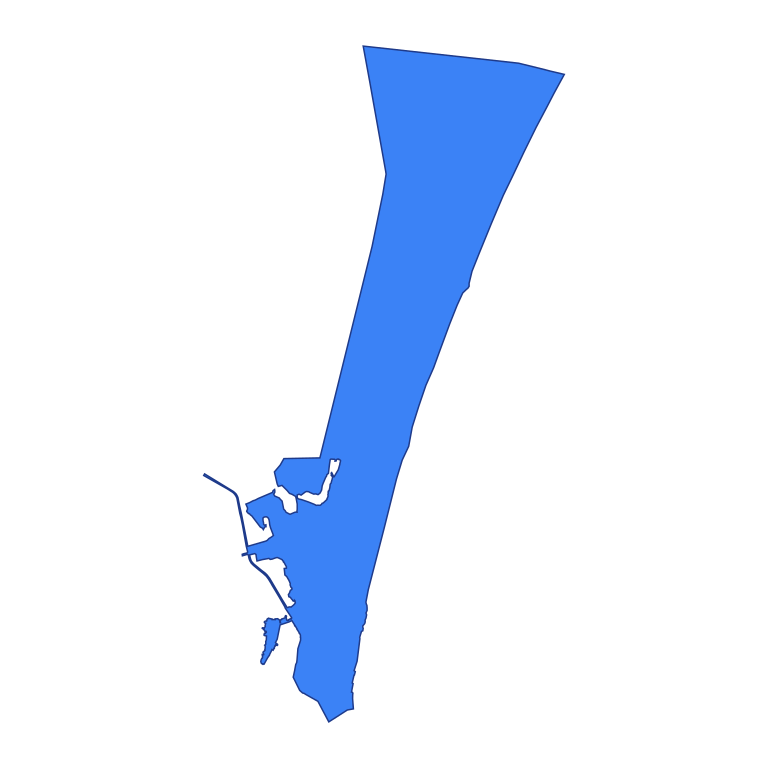 the district of Khur Maksar, `Adan, Yemen
{"feature_id": "15242507B71955992885975", "entity_name": "Khur Maksar", "entity_type": "district", "adm_level": 2, "iso_a3": "YEM", "parent_name": "Yemen", "parent_adm1": "`Adan", "projection": "robinson", "projection_center": [45.028, 12.865], "detail": "fine", "context": "isolated", "style": "filled", "palette": "blue", "viewbox_px": 768, "rotation_deg": 0, "n_neighbors": 0, "source": "geoboundaries", "source_scale": "gbopen_adm2", "svg_char_len": 6103}
<svg xmlns="http://www.w3.org/2000/svg" viewBox="0 0 768 768"><path d="M353.4,708.9L352.6,698.6L352.7,694.8L352.9,693.1L352.2,692.2L351.5,692.1L353.1,683.6L352.2,683.0L354.0,675.2L354.4,675.1L355.3,671.6L354.1,670.7L357.1,661.2L359.9,638.7L359.7,637.3L361.5,631.4L362.8,630.8L363.2,628.3L362.8,627.4L362.8,625.9L364.7,623.6L365.2,621.9L365.1,620.1L366.0,618.0L366.6,614.9L366.0,613.0L367.1,610.4L367.1,607.9L366.9,605.3L366.4,604.3L365.9,602.2L368.3,589.7L384.3,527.6L396.5,478.9L402.2,460.1L408.7,446.3L412.2,427.1L419.0,405.5L425.9,385.3L433.6,367.8L439.0,352.9L449.7,323.9L457.1,305.3L462.7,293.0L466.4,289.4L467.8,288.3L469.1,286.3L469.1,283.3L472.0,271.3L479.3,253.0L491.2,223.9L503.3,195.3L513.1,175.1L523.8,152.4L536.1,127.4L547.1,106.6L554.0,93.3L564.3,74.4L549.9,71.0L545.0,69.7L518.6,63.2L363.2,46.1L369.9,82.6L385.7,171.4L386.1,174.1L382.8,194.2L372.1,246.4L319.9,457.9L283.9,458.6L280.2,465.1L274.4,471.9L277.2,484.0L278.3,486.4L282.0,485.4L287.1,490.5L289.5,493.4L292.0,494.3L295.6,496.4L296.2,498.6L297.2,504.0L297.2,509.3L296.9,511.4L297.1,512.1L295.0,512.2L290.0,514.3L286.1,512.3L285.1,510.6L283.7,509.2L282.1,501.1L280.2,499.2L279.3,498.0L274.7,496.0L273.6,494.0L274.2,493.4L274.8,492.3L274.8,490.5L274.6,489.5L273.1,490.6L272.5,492.4L258.2,498.5L255.2,500.1L253.2,500.7L249.6,502.6L245.9,504.1L247.5,507.8L247.5,509.3L246.8,510.8L246.7,511.5L248.5,513.6L249.4,513.7L250.3,514.8L251.9,516.0L260.3,527.0L262.6,528.3L263.3,529.6L264.6,527.2L265.2,526.8L266.0,526.7L265.9,524.8L264.6,525.2L263.6,524.3L263.6,523.1L263.3,521.8L263.0,520.2L263.0,518.0L264.1,517.1L265.0,516.9L266.4,516.8L267.6,517.4L268.3,518.2L269.0,519.6L269.4,521.9L269.7,524.8L270.5,527.7L272.9,534.0L273.4,535.5L271.5,537.0L269.0,538.5L267.2,540.4L265.8,541.1L247.8,546.3L241.4,513.7L239.6,505.9L237.9,497.4L237.1,495.7L236.2,494.1L234.6,492.5L233.1,491.3L204.6,473.9L203.7,475.5L227.5,489.0L232.7,492.3L234.0,493.5L235.0,494.7L236.1,496.4L236.9,498.2L239.8,513.3L240.9,517.5L242.5,525.2L246.3,546.4L247.7,552.1L246.9,553.0L243.8,553.7L242.2,554.3L242.4,555.8L247.3,554.4L248.3,555.0L248.9,558.0L249.4,559.6L249.9,560.8L251.3,563.2L253.6,565.5L258.6,569.7L263.0,573.2L266.3,576.2L268.4,579.0L271.1,583.4L271.9,584.9L279.1,596.9L284.8,606.8L285.3,608.2L291.6,617.6L291.5,618.6L291.1,619.1L290.7,618.6L288.4,619.8L288.5,620.3L287.2,620.5L286.7,620.0L286.3,617.9L286.1,617.7L286.5,616.2L286.2,615.8L285.8,615.6L285.5,615.7L285.1,616.7L285.6,617.2L285.6,617.6L282.4,618.8L281.6,619.0L281.5,619.6L280.8,619.9L280.4,619.9L280.1,620.3L280.5,622.8L280.0,622.8L279.6,620.1L277.7,618.7L275.1,618.9L275.2,619.6L272.2,619.6L272.3,619.1L268.8,618.3L268.4,618.5L268.3,618.3L267.3,618.9L267.0,619.4L266.8,620.4L266.6,621.1L265.7,621.0L265.2,621.2L264.5,621.6L264.3,622.1L264.4,622.5L264.8,623.0L265.7,623.3L265.1,625.6L265.3,626.6L264.3,627.7L264.0,627.9L262.4,627.8L262.2,628.3L262.3,628.4L263.9,628.6L264.2,628.8L264.1,629.3L263.3,629.1L263.4,629.5L264.1,629.7L264.8,631.2L265.3,631.6L265.9,631.2L266.1,631.4L266.3,631.7L266.4,632.0L266.3,632.3L265.8,632.4L265.5,633.4L264.7,633.1L264.4,633.4L264.0,635.0L264.1,635.3L264.7,635.6L266.5,636.0L266.3,640.0L266.1,640.6L265.7,641.4L265.8,642.9L265.7,644.3L264.7,645.2L265.1,645.6L265.2,646.7L265.1,648.9L264.9,649.2L264.8,649.8L265.0,650.2L264.9,650.4L264.5,651.0L264.0,651.2L263.2,651.9L263.0,652.6L263.7,654.2L263.7,654.5L262.2,654.4L262.1,654.9L262.7,655.6L262.6,655.9L262.4,656.1L262.6,656.7L262.5,657.6L262.2,658.3L261.9,658.3L261.2,659.6L260.9,661.1L260.8,661.7L261.4,663.4L263.0,664.4L263.4,664.2L263.4,663.9L264.1,664.1L267.6,657.8L269.5,655.1L269.6,654.5L271.4,651.0L272.0,649.5L273.1,650.2L273.8,648.5L274.8,648.7L274.1,648.2L274.6,646.9L275.0,646.5L275.1,646.3L274.9,646.0L275.3,645.7L275.5,645.0L276.0,644.9L276.4,645.3L277.1,645.5L277.6,645.1L277.6,644.4L277.4,644.1L277.0,643.9L276.7,643.9L276.3,644.1L276.1,644.1L276.4,643.5L275.5,642.5L277.2,639.2L280.1,624.9L289.1,621.9L291.4,620.8L292.0,620.8L294.7,625.1L294.6,625.7L294.9,626.0L295.2,625.9L297.1,629.0L297.0,629.5L297.6,630.1L299.4,633.1L299.3,633.5L299.9,633.9L300.3,634.7L300.5,635.9L300.5,636.5L300.3,636.9L300.3,637.3L300.6,637.6L300.6,638.8L300.5,640.5L297.9,648.7L297.0,660.1L296.7,662.5L295.7,664.6L294.7,670.3L293.2,677.2L299.7,690.4L302.6,693.0L304.2,693.4L305.5,694.3L317.9,701.3L328.8,721.9L347.3,710.0L353.4,708.9ZM254.8,553.6L256.0,554.5L256.3,557.0L257.0,561.0L262.4,559.6L269.0,558.4L270.2,559.4L272.2,559.1L275.5,557.9L277.1,557.5L278.6,558.0L282.2,559.7L282.6,560.6L283.6,561.3L283.4,561.9L284.4,563.0L285.2,564.6L286.4,566.7L286.4,568.2L284.2,568.5L284.9,575.0L286.7,576.5L289.0,580.5L290.3,583.6L290.1,584.9L291.0,587.3L291.9,588.1L291.8,589.5L290.4,590.3L289.3,593.3L288.4,594.5L288.8,596.7L290.4,597.4L291.5,599.0L292.3,599.7L292.7,600.6L293.0,600.9L293.5,601.1L294.1,600.4L294.2,601.0L294.6,601.0L294.9,600.8L295.1,601.2L294.9,601.6L295.3,602.8L294.7,603.8L293.4,605.2L291.0,607.1L290.4,606.9L290.1,607.0L289.1,606.9L287.9,607.5L287.1,607.6L286.0,605.7L282.4,599.9L269.7,578.4L267.1,575.0L265.3,573.2L261.1,570.0L253.8,564.0L252.2,562.2L251.2,560.8L250.6,559.1L249.5,554.9L254.8,553.6ZM323.0,483.6L325.7,477.3L326.5,476.2L326.9,474.6L328.4,473.4L329.5,464.2L330.2,459.7L330.5,459.3L331.1,459.1L334.7,459.3L335.2,460.1L335.0,461.1L336.1,461.0L336.6,459.5L337.5,459.1L338.6,459.1L338.8,459.5L339.4,459.5L340.5,460.4L340.5,461.1L339.9,463.6L339.8,464.5L338.3,469.7L334.1,476.8L333.4,476.8L333.2,475.6L331.7,472.6L331.1,473.2L332.0,474.9L331.8,475.0L331.3,474.8L331.2,475.4L332.6,476.8L332.5,477.4L332.1,479.4L331.6,481.0L331.1,483.1L330.2,484.2L329.8,487.7L329.0,490.8L328.4,491.0L328.2,491.4L328.3,492.0L328.1,492.7L328.3,493.3L327.9,494.4L328.1,496.2L327.4,498.0L327.0,498.5L327.1,499.1L326.6,499.8L323.2,503.0L322.1,503.3L321.4,504.4L320.2,505.3L317.1,505.2L316.1,505.4L315.4,504.9L314.0,504.2L308.2,501.9L301.5,499.6L298.7,499.0L297.7,498.5L297.2,496.7L297.2,495.0L299.0,494.2L301.1,495.1L305.4,491.9L306.5,491.5L308.6,491.7L310.0,492.5L313.7,494.1L316.0,493.9L317.5,494.5L318.3,494.5L320.1,493.0L321.6,490.1L322.2,485.9L323.0,483.6Z" fill="#3b82f6" stroke="#1e3a8a" stroke-width="1.5"/></svg>